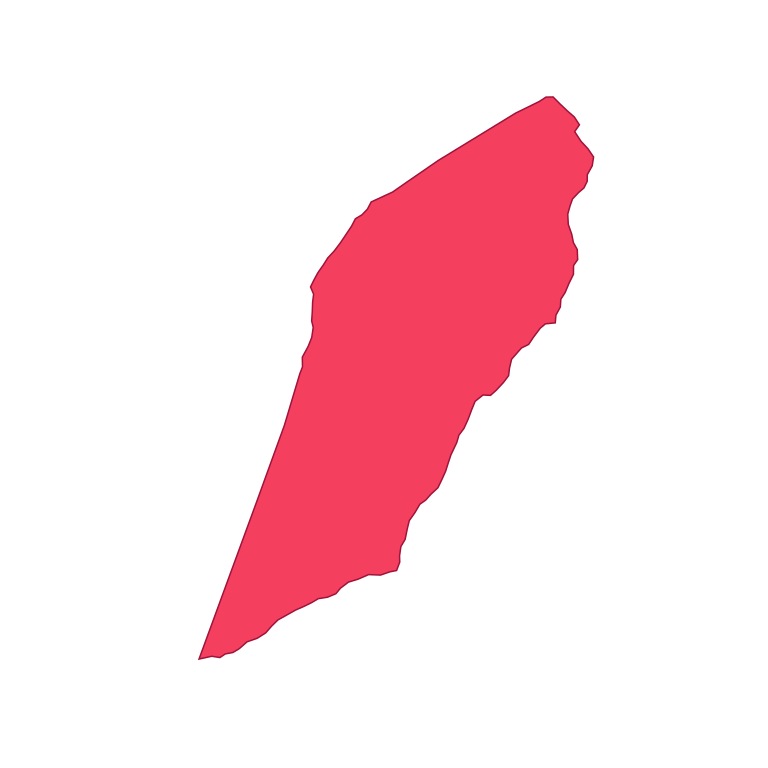 the district of Santanópolis, Bahia, Brazil, rotated 217°
{"feature_id": "56859067B97694187874287", "entity_name": "Santanópolis", "entity_type": "district", "adm_level": 2, "iso_a3": "BRA", "parent_name": "Brazil", "parent_adm1": "Bahia", "projection": "mercator", "projection_center": [-38.873, -11.961], "detail": "fine", "context": "isolated", "style": "filled", "palette": "rose", "viewbox_px": 768, "rotation_deg": 217, "n_neighbors": 0, "source": "geoboundaries", "source_scale": "gbopen_adm2", "svg_char_len": 1615}
<svg xmlns="http://www.w3.org/2000/svg" viewBox="0 0 768 768"><g transform="rotate(217 384 384)"><path d="M366.2,53.0L357.7,62.9L350.4,66.8L348.3,72.9L343.1,78.6L340.3,85.5L338.2,95.7L332.2,104.7L328.7,114.0L328.0,123.3L326.7,131.8L322.4,141.5L318.6,150.2L314.1,158.2L310.2,165.9L307.3,173.0L300.8,179.7L296.2,187.6L295.9,194.7L293.2,204.3L287.2,212.6L281.6,222.5L271.8,229.3L266.2,237.6L261.7,242.6L264.2,251.2L268.2,256.2L272.7,264.4L273.6,272.6L278.5,282.9L281.6,290.2L281.9,300.0L283.0,309.6L280.8,316.5L280.2,324.1L278.5,333.6L280.2,342.2L282.3,351.5L285.0,359.1L287.9,367.7L290.6,380.9L293.4,388.3L293.4,396.6L295.6,406.5L298.6,416.6L300.8,425.0L298.3,434.8L292.1,439.0L290.6,446.6L289.5,457.2L289.5,465.6L293.4,472.4L297.0,480.6L295.9,495.5L292.3,502.6L292.8,511.6L292.8,522.6L291.3,529.2L284.0,535.9L288.1,542.4L289.5,551.6L293.8,558.2L294.4,566.2L296.8,575.6L298.7,585.6L303.9,592.7L304.2,599.9L310.6,607.7L317.8,610.9L324.2,616.6L332.9,622.4L339.5,630.3L342.7,638.5L344.8,645.3L343.8,654.1L342.3,660.9L343.7,668.2L347.6,673.5L349.0,683.5L353.2,691.4L362.6,694.6L372.7,696.4L383.6,700.3L383.9,708.6L392.7,711.8L402.4,712.5L411.9,713.6L421.7,715.0L427.3,710.6L430.0,703.1L441.9,679.6L475.2,595.2L487.0,559.8L492.7,542.4L503.8,521.7L502.5,513.7L503.4,505.9L506.3,498.8L504.9,490.5L504.3,479.8L503.8,470.4L503.8,460.4L504.8,450.9L504.1,442.6L503.8,433.3L502.5,424.5L501.1,417.3L494.3,413.4L490.2,406.3L484.6,398.3L479.7,390.8L474.6,386.6L469.7,377.6L467.2,368.3L465.4,356.3L459.4,348.6L457.4,341.5L438.7,291.1L414.6,212.6L393.0,141.3L366.2,53.0Z" fill="#f43f5e" stroke="#9f1239" stroke-width="1.5"/></g></svg>